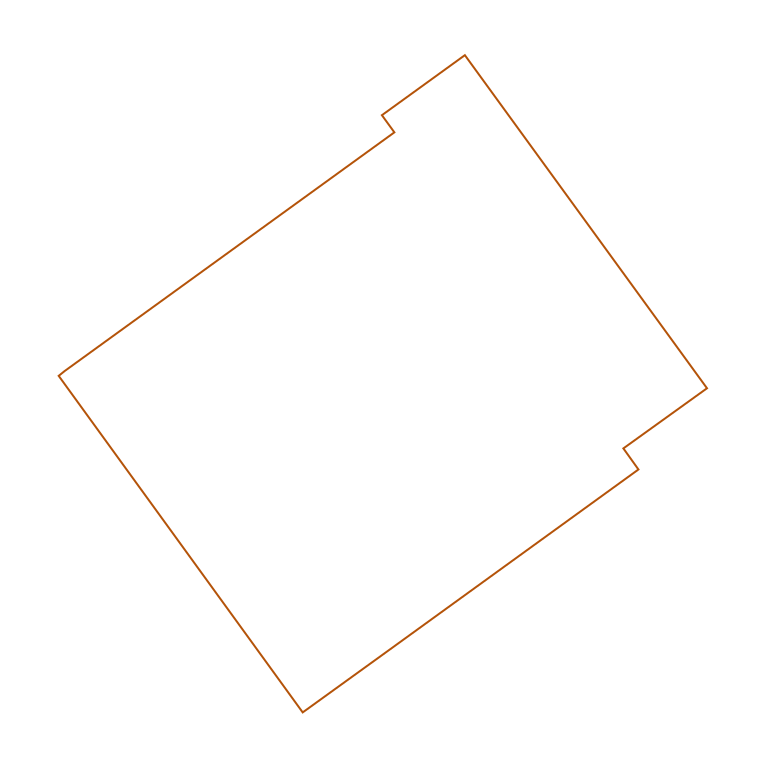 Griggs, North Dakota, United States of America (Albers equal-area conic projection), rotated 234°
{"feature_id": "52423323B60878721807061", "entity_name": "Griggs", "entity_type": "district", "adm_level": 2, "iso_a3": "USA", "parent_name": "United States of America", "parent_adm1": "North Dakota", "projection": "albers", "projection_center": [-98.207, 47.456], "detail": "fine", "context": "isolated", "style": "outline", "palette": "amber", "viewbox_px": 768, "rotation_deg": 234, "n_neighbors": 0, "source": "geoboundaries", "source_scale": "gbopen_adm2", "svg_char_len": 298}
<svg xmlns="http://www.w3.org/2000/svg" viewBox="0 0 768 768"><g transform="rotate(234 384 384)"><path d="M602.5,642.7L602.7,540.3L581.5,540.3L582.2,133.1L581.8,125.6L166.1,125.2L165.8,227.3L165.3,539.6L191.2,539.8L190.7,642.8L602.5,642.7Z" fill="none" stroke="#b45309" stroke-width="2"/></g></svg>